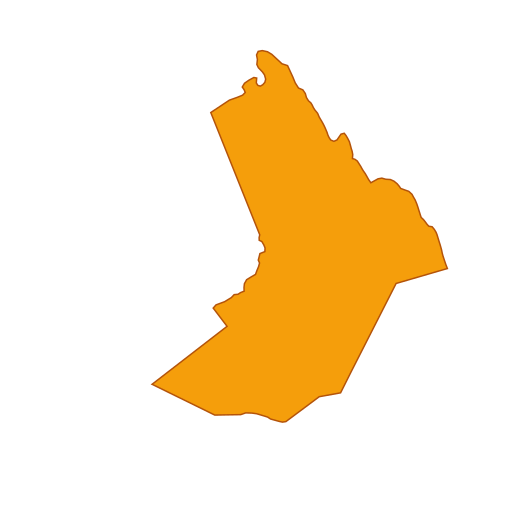 Macau, Rio Grande do Norte, Brazil, rotated 52°
{"feature_id": "56859067B94712622346809", "entity_name": "Macau", "entity_type": "district", "adm_level": 2, "iso_a3": "BRA", "parent_name": "Brazil", "parent_adm1": "Rio Grande do Norte", "projection": "robinson", "projection_center": [-36.568, -5.232], "detail": "fine", "context": "isolated", "style": "filled", "palette": "amber", "viewbox_px": 512, "rotation_deg": 52, "n_neighbors": 0, "source": "geoboundaries", "source_scale": "gbopen_adm2", "svg_char_len": 2040}
<svg xmlns="http://www.w3.org/2000/svg" viewBox="0 0 512 512"><g transform="rotate(52 256 256)"><path d="M356.0,386.4L362.0,378.4L371.6,365.7L373.3,360.7L377.2,356.0L380.7,352.6L383.8,350.4L387.2,348.0L390.1,346.0L393.4,344.9L400.7,339.5L403.2,337.4L404.9,334.4L405.8,292.8L415.9,273.6L405.8,252.3L363.9,162.5L383.7,112.9L379.7,111.7L375.4,110.2L371.0,108.6L368.4,107.5L365.4,106.0L360.8,104.1L357.3,102.8L354.2,101.6L350.6,100.2L348.1,99.5L344.8,99.1L341.4,99.2L338.9,101.5L336.2,101.7L333.7,101.6L330.6,101.6L327.3,102.1L325.0,101.3L322.1,100.2L319.9,99.4L317.6,98.5L314.2,97.3L309.9,96.1L306.3,95.6L303.4,95.1L299.1,95.8L296.0,97.8L291.8,100.4L289.4,100.2L286.0,100.3L282.0,101.2L278.5,103.0L275.4,106.5L272.1,108.9L270.3,112.3L269.0,120.4L265.1,120.2L261.8,119.7L258.4,119.2L254.7,119.0L252.3,118.7L249.9,118.3L246.7,118.0L243.5,117.7L240.7,118.5L238.6,120.0L235.6,117.3L232.5,115.7L230.0,114.8L227.0,113.5L223.3,112.0L219.5,111.3L216.4,110.9L213.6,110.9L212.3,114.0L214.4,120.7L213.6,124.0L210.6,125.7L207.7,125.5L205.0,124.9L202.6,124.0L199.7,123.2L197.0,122.5L193.7,121.8L190.5,121.3L188.0,121.0L185.2,120.6L181.5,119.6L177.0,119.7L174.3,119.4L171.7,118.8L169.1,118.5L166.0,119.1L162.2,118.7L158.3,117.1L153.9,116.8L149.8,119.1L143.7,118.5L137.7,116.8L125.4,113.9L120.5,117.2L106.8,119.4L102.1,121.2L98.0,124.6L96.1,128.3L97.9,131.8L102.0,133.9L105.6,137.4L109.1,138.2L114.9,137.6L118.5,137.8L122.6,139.5L124.6,142.1L125.2,145.2L124.8,148.0L122.7,149.5L119.8,149.2L116.2,145.9L114.0,147.8L113.1,153.3L112.8,158.7L114.4,162.8L117.7,163.0L120.5,163.8L121.0,167.6L119.4,173.2L116.8,181.0L115.1,203.3L241.6,240.0L243.4,242.2L245.6,243.8L248.2,242.5L252.0,243.0L255.2,243.9L258.0,246.3L256.5,251.4L258.7,254.2L260.6,256.7L263.7,257.5L266.0,260.6L268.3,264.7L270.2,267.7L269.5,272.6L268.9,278.0L270.7,282.2L273.5,284.9L276.4,287.0L275.3,290.8L275.1,293.7L273.0,297.0L273.6,301.1L273.1,305.2L272.7,308.8L271.3,313.2L269.9,317.6L270.7,321.8L293.6,322.1L293.1,416.9L356.0,386.4Z" fill="#f59e0b" stroke="#b45309" stroke-width="1.5"/></g></svg>